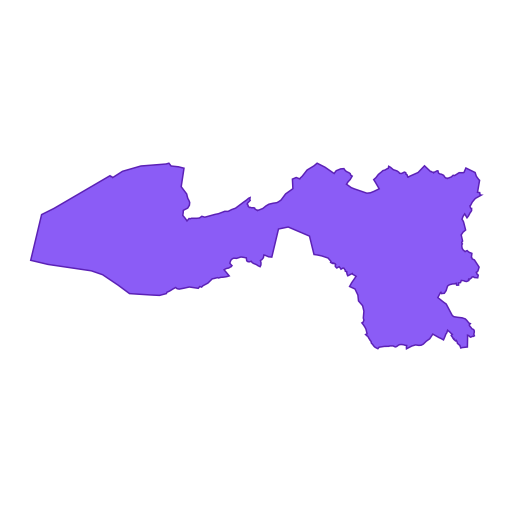 Idemili South, Anambra, Nigeria
{"feature_id": "59680162B38736391522213", "entity_name": "Idemili South", "entity_type": "district", "adm_level": 2, "iso_a3": "NGA", "parent_name": "Nigeria", "parent_adm1": "Anambra", "projection": "orthographic", "projection_center": [6.922, 6.058], "detail": "fine", "context": "isolated", "style": "filled", "palette": "violet", "viewbox_px": 512, "rotation_deg": 0, "n_neighbors": 0, "source": "geoboundaries", "source_scale": "gbopen_adm2", "svg_char_len": 6103}
<svg xmlns="http://www.w3.org/2000/svg" viewBox="0 0 512 512"><path d="M470.3,323.6L469.6,323.4L468.8,322.9L466.8,320.4L465.3,318.9L462.1,317.8L457.7,317.3L453.9,316.7L452.3,315.5L451.1,313.3L446.2,304.0L443.9,302.4L437.8,297.6L440.4,292.7L440.9,292.3L441.5,293.6L442.1,293.5L444.3,293.3L446.1,290.7L447.5,286.2L448.1,285.6L449.6,284.7L453.1,283.8L454.0,284.0L455.0,283.6L456.4,283.3L456.3,284.6L456.7,285.2L458.6,285.1L458.6,282.9L460.5,282.6L461.3,280.4L462.9,280.6L464.1,280.8L465.0,281.3L466.7,281.5L468.9,280.5L468.9,280.1L468.5,279.4L468.9,278.9L469.7,279.1L469.9,279.1L471.7,277.7L471.8,277.2L473.1,276.7L474.6,277.6L475.2,277.6L476.3,277.7L477.7,277.8L478.2,275.5L478.2,275.1L477.5,274.4L477.0,274.1L476.3,272.3L477.2,271.8L477.9,271.0L479.1,267.1L474.4,259.9L472.2,258.9L471.9,257.8L471.4,257.4L471.9,253.4L470.8,252.9L469.5,252.5L468.3,251.7L467.1,250.6L466.3,250.9L465.1,251.6L463.1,249.9L462.2,248.4L461.9,246.9L461.8,245.8L461.9,244.6L462.4,243.9L461.7,242.9L461.8,242.2L462.6,241.1L461.2,234.9L463.0,232.2L465.6,230.0L464.1,224.0L463.5,221.8L463.0,220.8L462.0,219.2L463.0,216.4L464.7,213.9L467.0,217.8L468.5,215.9L470.0,213.0L470.8,211.9L471.6,210.6L471.6,208.5L471.0,208.5L470.5,207.8L469.9,205.9L470.6,205.3L470.9,204.8L472.2,202.2L473.5,200.6L475.1,198.7L476.1,198.0L478.1,196.9L481.3,195.1L480.4,195.0L480.1,194.9L480.0,193.9L479.7,193.7L479.7,192.6L477.5,192.3L479.6,180.3L478.7,179.5L477.2,177.5L476.3,176.2L475.1,172.5L465.9,168.0L464.0,172.4L463.3,172.7L459.1,172.7L454.7,175.5L453.1,175.3L451.4,176.9L447.3,178.5L447.1,178.1L445.7,178.0L444.7,177.0L443.6,175.3L441.4,174.2L440.2,174.0L439.8,173.9L439.2,173.5L438.5,173.1L437.9,170.8L437.1,170.8L435.8,171.5L434.3,172.2L433.7,172.8L433.3,172.2L432.8,172.3L432.1,172.1L431.3,171.5L430.7,171.6L430.3,171.3L424.5,165.8L418.1,172.5L408.9,176.6L408.7,176.9L408.1,177.2L407.8,177.1L407.6,176.6L407.2,175.3L407.0,174.7L405.9,174.0L406.0,173.7L405.8,172.8L405.0,172.3L404.3,172.1L402.2,173.2L401.6,173.4L401.2,173.5L399.6,173.3L399.3,172.9L398.8,172.2L397.1,171.0L395.5,170.4L394.2,170.0L393.2,169.6L390.5,167.3L388.7,166.3L388.3,168.3L386.8,168.9L385.1,170.0L382.9,170.6L381.5,171.9L378.4,174.4L376.2,177.3L376.1,177.5L373.7,179.6L375.4,182.3L379.2,188.8L374.1,191.3L370.4,192.8L366.9,193.2L361.7,191.4L354.4,188.9L351.2,187.6L346.5,184.2L348.0,181.9L350.2,179.5L352.2,176.1L350.7,175.1L350.2,173.6L348.9,172.7L346.4,171.5L344.9,170.1L343.9,168.6L340.6,168.9L336.2,170.7L334.1,173.5L325.0,167.2L317.1,163.2L313.9,165.9L307.1,170.0L302.1,176.4L300.5,177.8L299.8,178.9L296.2,177.5L292.4,179.1L292.9,188.7L285.6,193.9L281.0,200.1L278.5,201.8L276.8,202.7L273.2,203.2L268.9,204.2L266.0,205.9L262.8,208.5L257.7,210.5L257.6,210.1L256.8,210.2L254.7,208.7L254.6,208.0L253.2,207.7L251.6,207.8L250.1,207.3L249.5,207.5L249.1,207.1L248.2,206.4L248.1,205.3L247.2,204.1L247.4,203.4L248.3,202.4L250.2,200.4L249.8,199.4L250.1,197.6L248.7,198.2L246.3,200.2L243.9,201.9L235.5,208.2L231.6,209.6L228.1,211.4L224.8,211.3L218.5,213.7L215.0,214.4L210.6,215.6L204.8,217.2L201.8,216.3L199.5,218.0L196.8,218.3L191.4,218.3L190.1,218.8L189.1,218.5L187.0,220.9L185.2,218.3L182.8,215.4L183.2,212.5L183.3,210.4L184.7,209.6L187.7,208.1L189.4,205.3L189.7,202.5L189.0,200.6L187.8,198.4L187.0,195.4L186.7,194.0L181.2,186.7L184.0,168.2L178.5,166.8L171.1,166.0L168.9,163.2L166.1,164.0L140.9,166.0L122.5,171.3L112.7,177.6L111.6,176.5L111.0,176.7L110.0,175.7L54.0,208.4L41.6,214.6L30.7,260.3L47.9,264.4L91.3,270.8L102.6,274.7L118.2,285.2L129.5,293.6L151.4,295.0L159.5,295.4L166.3,293.6L167.1,292.1L168.5,291.6L170.4,290.6L172.7,289.1L175.6,287.5L177.1,288.7L179.2,289.1L183.9,288.2L189.3,287.0L198.3,288.3L199.7,286.5L201.6,287.1L203.0,285.7L207.9,283.1L212.3,278.8L214.1,278.5L217.3,277.6L218.7,278.0L219.5,277.7L221.0,277.3L223.0,277.2L225.9,276.8L227.3,276.5L229.2,275.9L226.3,272.4L224.1,269.8L225.5,268.9L226.5,268.5L227.7,268.2L228.6,268.1L230.7,266.8L231.2,266.7L232.0,265.6L231.3,265.0L229.8,263.2L230.5,261.1L230.9,260.2L231.6,259.4L232.4,258.8L233.3,258.3L234.7,258.2L236.4,258.4L238.7,257.7L240.4,257.1L241.3,257.0L243.3,257.3L245.8,257.8L246.3,257.8L246.7,260.7L247.5,261.5L248.7,261.8L249.8,261.8L250.7,261.4L251.1,261.2L252.3,262.7L253.7,263.5L256.4,264.6L258.0,265.7L260.1,266.7L260.9,265.0L261.0,262.8L260.4,260.5L261.8,259.7L263.4,257.7L263.9,255.0L265.4,255.4L268.6,256.8L271.8,257.1L278.5,229.0L288.2,227.0L309.5,236.1L314.0,254.5L317.0,254.9L321.7,255.9L328.0,258.0L331.0,261.4L330.6,262.4L332.3,263.3L332.5,263.0L333.1,263.5L333.7,263.1L334.3,263.7L334.6,263.5L335.4,264.0L335.7,264.4L335.5,265.2L335.2,265.9L335.4,266.6L336.8,268.0L339.1,266.7L340.4,268.2L341.0,269.2L342.9,268.1L343.9,268.2L344.7,269.5L345.2,269.9L345.2,271.0L345.5,271.4L346.1,271.4L346.7,271.6L346.8,272.9L347.2,274.6L347.8,275.8L352.3,273.5L352.6,274.2L356.1,276.3L351.5,283.0L349.6,286.5L355.0,289.0L357.9,295.1L358.5,300.9L362.6,305.7L363.9,311.2L363.3,318.0L363.9,320.2L363.1,322.2L361.9,322.9L363.4,324.8L364.9,327.1L365.9,329.0L367.1,333.8L365.6,334.5L366.9,335.8L367.8,336.3L368.8,338.2L369.3,338.8L369.6,339.6L370.3,340.5L371.1,341.5L371.3,343.0L372.6,344.4L373.7,345.9L374.6,346.9L375.9,347.7L377.9,348.7L379.1,347.2L384.3,346.4L388.8,346.3L390.1,345.9L393.0,345.9L395.2,346.9L396.0,346.8L397.1,346.2L398.5,345.1L399.8,344.6L401.4,344.5L402.4,344.6L403.3,344.7L405.6,345.4L406.7,345.5L406.4,347.3L406.5,348.8L411.9,346.0L415.6,344.9L418.9,345.4L421.2,345.2L423.3,344.1L426.3,341.2L429.7,338.8L432.8,334.1L439.0,337.6L440.8,338.4L443.5,339.9L445.1,336.2L445.8,334.2L446.8,332.8L447.3,331.1L447.6,330.2L450.4,332.6L451.4,333.7L452.3,334.3L451.2,335.5L452.3,337.0L452.8,337.7L452.9,338.2L453.9,338.8L453.7,339.3L455.0,340.4L455.5,340.9L456.1,340.3L456.5,340.7L457.3,342.5L457.4,343.3L458.7,344.5L459.8,345.3L460.8,348.0L462.1,347.6L467.4,347.0L467.6,337.3L467.5,335.2L468.3,335.4L469.0,335.9L470.3,337.1L470.8,337.1L472.2,336.5L472.5,336.3L473.4,336.4L474.4,335.8L473.8,334.1L474.2,332.7L474.3,331.5L474.1,330.3L473.6,329.6L472.7,329.1L471.9,328.8L471.0,327.5L469.7,326.0L469.4,325.4L469.3,324.8L469.8,324.2L470.3,323.6Z" fill="#8b5cf6" stroke="#5b21b6" stroke-width="1.5"/></svg>